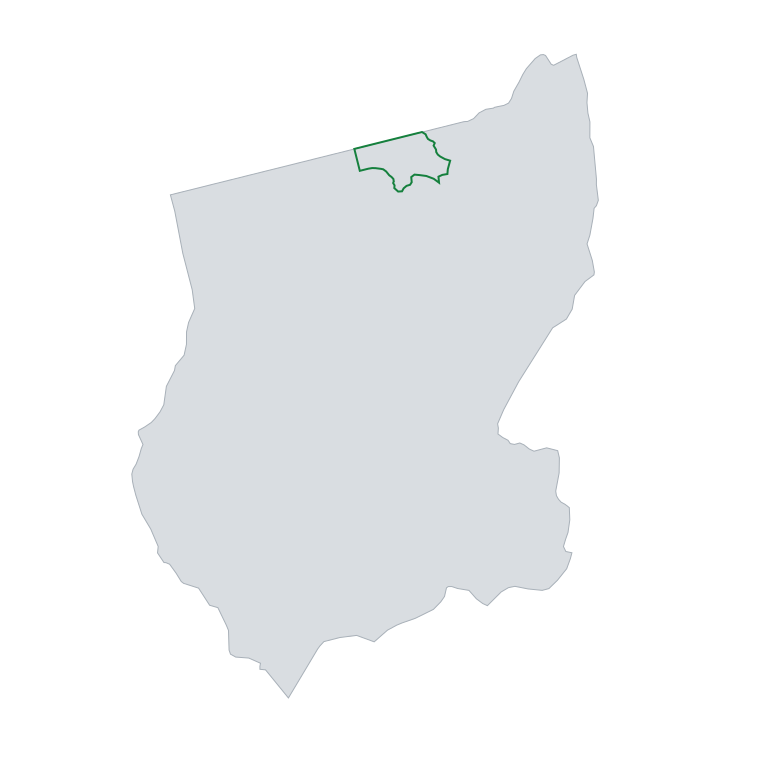 where Rakai sits in Uganda, rotated 166°
{"feature_id": "UGA-3361", "entity_name": "Rakai", "entity_type": "District", "adm_level": 1, "iso_a3": "UGA", "parent_name": "Uganda", "parent_adm1": "", "projection": "mercator", "projection_center": [31.493, -0.733], "detail": "fine", "context": "in_parent", "style": "outline", "palette": "green", "viewbox_px": 768, "rotation_deg": 166, "n_neighbors": 0, "source": "natural_earth", "source_scale": "10m", "svg_char_len": 3012}
<svg xmlns="http://www.w3.org/2000/svg" viewBox="0 0 768 768"><g transform="rotate(166 384 384)"><path d="M545.5,619.2L534.7,619.2L517.1,619.2L499.5,619.2L482.0,619.2L464.4,619.2L446.8,619.2L429.2,619.2L411.6,619.2L394.1,619.2L376.5,619.2L358.9,619.2L341.3,619.2L323.8,619.2L306.2,619.2L288.6,619.2L271.0,619.2L253.4,619.2L243.1,619.2L241.0,618.9L239.6,618.5L232.9,619.8L226.1,624.1L218.7,625.9L211.0,625.2L210.0,625.7L206.0,625.6L200.3,625.3L195.2,626.4L191.2,630.2L187.2,636.7L180.0,644.2L174.4,650.8L169.6,655.5L158.6,663.2L152.6,665.5L149.7,665.1L147.8,663.7L144.4,653.8L142.3,652.2L121.0,657.3L117.7,657.4L118.0,654.3L116.4,631.0L116.2,616.8L119.0,607.9L120.6,597.6L120.8,588.5L124.7,573.1L123.3,563.8L128.3,531.4L129.7,526.1L131.6,510.4L134.8,505.6L137.6,503.7L141.2,494.1L148.2,478.7L153.1,470.8L152.0,453.5L152.8,441.8L153.9,439.1L164.2,434.8L177.6,423.9L183.3,411.1L191.3,402.9L206.8,397.7L252.7,353.7L274.1,330.1L283.4,317.9L283.7,313.6L285.5,307.9L281.8,303.4L277.3,299.4L275.9,295.6L272.0,293.8L266.5,293.9L262.9,291.1L258.8,285.8L254.7,282.5L241.6,282.7L231.6,277.3L231.7,269.9L235.6,255.3L243.3,238.5L243.7,233.9L242.6,230.0L240.8,226.6L237.3,223.3L234.1,219.2L236.6,207.2L241.4,195.4L245.3,189.5L249.2,182.9L248.1,177.5L242.5,174.8L245.4,169.5L251.4,160.6L263.2,151.6L273.5,145.6L280.4,145.5L293.8,150.3L305.9,156.0L312.5,156.3L320.6,153.9L337.3,143.9L341.3,147.1L346.3,153.2L351.5,163.2L362.1,167.8L367.1,171.0L370.7,171.9L372.7,171.1L376.7,163.2L381.6,158.9L390.5,153.4L410.2,149.1L424.2,147.8L430.2,146.9L440.2,144.3L455.9,136.2L471.4,146.7L488.2,148.7L504.6,148.6L509.5,145.4L512.4,143.0L529.5,125.8L552.7,102.5L568.1,135.3L573.4,137.2L572.7,140.1L571.4,142.9L581.5,150.8L593.9,154.9L598.3,159.0L598.7,163.3L594.5,182.5L595.3,188.0L599.3,207.2L606.7,211.5L613.3,230.8L626.6,239.0L628.5,241.4L631.5,250.8L635.6,261.0L638.8,263.4L640.7,264.0L644.6,274.9L642.4,281.0L645.4,299.6L650.4,316.2L651.7,336.0L651.8,344.8L651.6,350.1L650.5,357.6L648.1,362.0L643.9,366.2L639.2,372.9L635.1,380.1L632.5,383.6L634.5,394.3L634.0,397.1L632.9,398.5L626.9,400.1L619.2,402.9L614.6,405.8L608.0,411.2L602.7,417.1L595.7,434.4L584.0,447.8L582.0,452.3L571.0,460.3L566.1,470.2L563.0,482.3L558.7,491.0L549.4,503.0L547.3,521.8L547.6,559.5L545.2,602.4L545.5,619.2Z" fill="#d9dde1" stroke="#a8b0b8" stroke-width="1"/><path d="M355.9,619.3L338.3,619.3L320.3,619.3L302.1,619.3L286.2,619.3L285.1,618.2L283.2,616.2L282.8,613.7L282.1,611.2L280.1,609.1L277.8,607.6L276.5,605.5L278.2,603.3L276.8,598.9L277.2,596.4L276.3,593.6L274.5,591.2L270.5,587.5L265.8,584.7L270.1,577.0L271.7,572.4L276.8,572.8L281.0,572.0L281.9,566.0L286.1,571.1L292.6,575.6L299.2,578.2L303.8,579.8L307.5,578.2L308.3,573.1L310.5,571.0L314.2,570.8L317.6,569.1L319.9,566.6L323.7,567.3L326.6,571.6L325.7,574.2L326.5,576.7L326.1,577.5L325.5,578.1L325.3,580.7L326.7,583.2L328.4,585.2L330.5,589.7L332.8,592.5L334.9,593.5L338.5,594.9L340.3,595.6L343.4,596.4L347.1,596.7L355.9,596.7L355.9,619.3L355.9,619.3Z" fill="none" stroke="#15803d" stroke-width="2"/></g></svg>